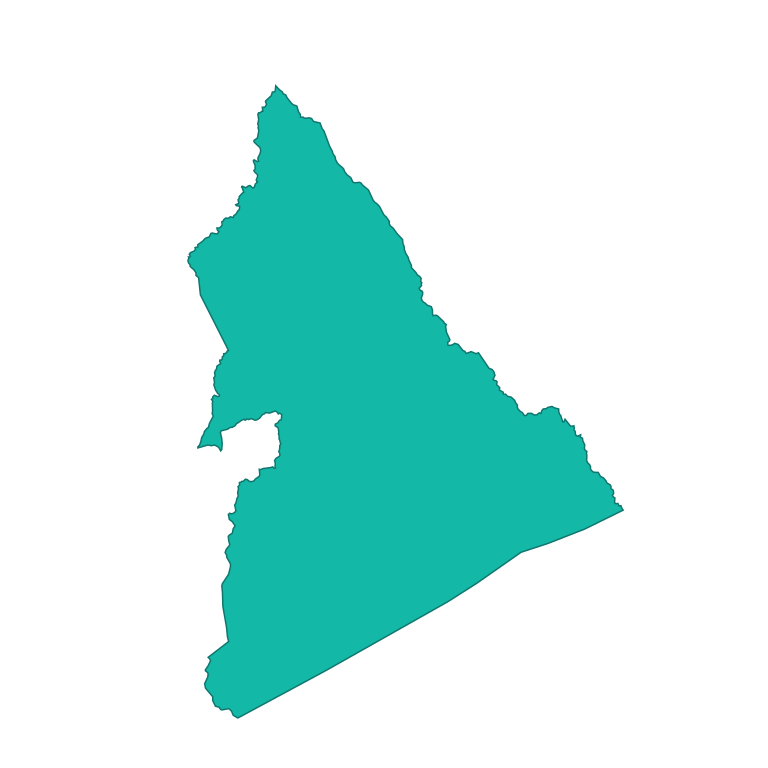 Chifunde, Tete, Mozambique (Robinson projection), rotated 172°
{"feature_id": "85939544B38440784035247", "entity_name": "Chifunde", "entity_type": "district", "adm_level": 2, "iso_a3": "MOZ", "parent_name": "Mozambique", "parent_adm1": "Tete", "projection": "robinson", "projection_center": [32.901, -14.712], "detail": "fine", "context": "isolated", "style": "filled", "palette": "teal", "viewbox_px": 768, "rotation_deg": 172, "n_neighbors": 0, "source": "geoboundaries", "source_scale": "gbopen_adm2", "svg_char_len": 6160}
<svg xmlns="http://www.w3.org/2000/svg" viewBox="0 0 768 768"><g transform="rotate(172 384 384)"><path d="M596.2,137.8L594.8,136.0L594.3,134.1L597.4,129.4L600.7,125.8L600.7,124.7L598.9,123.0L598.5,121.4L599.3,118.4L603.3,112.2L603.1,107.7L597.1,98.0L597.7,94.3L595.7,88.3L592.4,87.0L591.0,84.4L589.8,83.8L583.7,84.1L582.3,83.7L580.5,81.1L579.4,76.9L575.2,73.6L481.5,108.3L351.2,159.5L320.0,173.7L271.7,198.3L243.8,203.3L205.5,212.4L164.7,225.8L165.7,227.6L166.3,230.5L168.1,230.5L169.0,233.2L171.1,233.2L172.2,234.3L171.2,239.1L172.5,240.1L173.4,241.8L171.8,243.7L171.7,246.4L172.3,247.7L173.2,247.9L173.9,249.0L173.4,250.8L174.1,252.7L176.9,254.8L177.7,257.3L179.8,260.6L182.5,262.3L184.1,266.6L188.8,267.5L190.8,269.7L191.3,271.4L191.0,273.7L191.8,275.8L193.1,277.2L194.0,280.0L193.0,285.2L193.2,287.0L192.5,288.9L194.2,290.8L194.5,292.4L193.7,295.8L195.0,300.0L195.0,302.7L197.0,303.9L196.3,306.3L199.7,305.3L201.4,307.0L201.3,310.6L202.3,312.3L201.5,314.6L202.0,315.3L201.8,316.2L205.0,316.1L209.6,323.9L211.1,321.5L212.3,321.7L213.4,328.3L214.3,329.6L214.8,332.0L214.5,335.0L218.5,336.6L220.8,338.4L225.1,338.0L226.9,337.0L229.8,337.1L231.5,335.6L232.6,333.0L234.3,333.8L237.0,332.2L239.6,332.4L241.8,334.3L242.8,334.6L245.7,334.8L247.3,333.1L249.4,333.2L251.0,336.5L252.6,337.6L254.9,340.9L255.2,342.7L254.8,344.5L256.2,346.9L256.9,349.7L259.9,353.3L263.5,354.7L265.0,357.0L266.8,357.2L267.3,357.7L267.1,359.3L270.6,361.9L269.9,364.3L272.6,367.7L271.7,370.5L272.5,371.5L275.0,372.7L275.3,373.5L272.9,377.1L273.5,380.8L274.9,383.3L277.8,384.9L286.1,401.8L288.7,401.2L293.1,403.9L298.3,402.8L299.4,405.1L301.3,406.3L305.0,412.8L308.3,414.4L310.9,413.2L314.2,413.1L315.3,413.7L315.1,416.5L313.3,417.3L312.6,418.8L314.9,426.3L315.0,432.3L314.0,434.2L315.8,435.8L316.2,437.3L321.7,444.2L322.9,444.9L325.9,444.9L326.2,446.7L325.7,450.7L326.4,454.0L330.2,456.0L332.0,458.4L333.5,459.5L334.9,461.8L335.0,464.1L333.3,467.4L332.9,469.4L333.5,470.9L335.0,471.6L335.9,473.9L333.2,476.1L333.1,477.8L332.5,479.1L333.4,480.5L332.5,483.4L333.7,485.5L335.8,487.4L337.0,490.2L340.6,495.3L340.4,497.8L342.2,503.5L342.3,505.7L344.3,510.4L345.1,514.2L344.9,517.3L345.7,520.3L345.5,524.5L350.2,531.2L353.2,537.0L355.7,539.7L356.6,542.4L356.0,544.1L358.5,549.0L360.6,551.6L363.7,560.3L365.4,562.9L368.2,565.7L369.3,567.9L372.4,578.3L377.6,584.0L378.8,586.2L380.1,587.1L385.1,587.3L386.7,588.3L388.2,593.0L391.4,596.2L393.4,599.7L394.0,602.4L395.0,604.0L398.6,608.0L399.6,609.8L400.7,612.9L400.8,615.8L402.5,619.1L402.8,621.6L404.8,627.2L408.2,642.8L409.7,645.4L411.0,651.4L416.6,653.5L417.6,654.4L418.7,656.9L420.6,657.9L425.6,658.2L426.9,659.5L429.5,659.8L429.4,662.9L430.7,665.2L431.6,671.2L432.6,672.1L434.2,672.5L436.3,674.5L440.1,680.9L441.1,684.0L443.5,685.4L443.9,687.2L446.7,690.1L449.7,694.4L451.0,689.1L451.9,688.5L453.9,688.7L455.5,685.2L461.7,680.9L462.1,679.8L461.3,677.5L462.8,675.3L463.9,674.7L466.0,675.0L466.0,671.0L467.2,671.0L469.0,669.7L470.4,670.1L471.4,668.6L471.3,663.1L472.8,659.3L472.4,656.6L473.1,655.3L472.7,652.7L473.4,650.2L474.9,645.8L475.8,644.8L478.6,643.5L479.1,642.5L478.7,641.3L473.9,635.3L473.6,632.2L474.7,629.4L477.2,625.8L477.6,624.4L477.1,622.1L478.6,621.9L481.4,624.1L482.4,623.1L481.1,617.8L481.6,616.7L481.4,615.4L483.2,613.3L482.0,611.1L480.1,608.9L480.5,606.5L482.1,604.0L481.8,602.3L481.1,601.7L483.7,599.8L484.8,597.4L486.0,596.3L486.9,596.6L489.0,599.2L490.6,599.1L493.7,597.6L496.5,599.5L497.4,599.4L497.6,598.8L497.0,597.7L496.2,593.4L497.8,592.7L501.3,589.7L501.5,588.1L502.9,586.8L502.6,583.6L503.0,583.0L505.9,582.2L505.5,581.2L502.9,580.4L502.2,579.7L503.1,576.6L504.2,576.2L506.9,572.9L509.3,571.6L510.2,569.8L512.9,571.0L515.2,569.7L517.5,570.4L519.5,569.3L520.5,567.9L522.1,567.1L522.0,564.5L522.9,563.1L525.1,561.4L527.8,561.7L527.5,559.3L526.2,558.0L527.9,556.0L529.5,556.0L532.9,557.4L534.5,557.2L536.5,554.0L540.7,553.1L543.8,550.6L549.0,547.9L549.3,545.6L552.1,545.4L551.9,543.8L553.4,542.1L557.5,541.0L558.8,539.5L557.9,537.5L558.9,536.6L559.9,537.0L559.7,535.8L560.7,534.3L561.0,533.1L560.7,531.1L559.5,529.2L559.6,527.4L556.3,523.5L554.7,520.2L555.1,517.7L552.8,515.1L553.4,497.8L533.3,438.9L534.6,438.5L535.5,437.1L536.8,436.3L538.5,436.3L538.8,434.3L540.3,433.4L540.9,430.8L541.9,430.3L543.2,430.6L543.6,429.4L542.8,427.0L546.9,425.0L548.0,421.6L548.9,421.2L550.2,418.9L550.1,415.9L550.5,414.8L551.7,413.9L551.6,409.2L552.6,406.8L551.6,401.4L549.9,397.7L548.7,396.7L548.6,395.4L549.3,394.8L550.7,394.8L553.6,396.5L555.3,395.1L555.5,393.7L557.0,392.8L555.9,390.7L556.6,389.3L557.5,381.1L558.3,378.6L557.5,376.0L562.4,369.2L563.9,365.5L565.7,364.5L568.5,361.9L569.3,359.7L572.0,356.3L573.4,352.4L575.2,349.1L577.0,347.8L577.2,346.6L566.9,348.1L563.5,346.9L561.0,347.2L559.4,346.6L556.6,344.4L555.0,340.5L553.8,341.7L552.5,347.6L552.3,353.2L552.8,358.3L551.8,360.3L545.1,361.0L542.2,362.5L540.6,362.1L537.1,363.5L535.9,365.0L529.8,368.0L527.4,368.5L526.5,367.4L524.4,368.5L522.8,367.6L520.1,368.2L516.8,366.1L514.7,366.2L511.6,367.7L509.8,369.6L508.0,370.9L506.4,371.1L505.4,372.2L501.4,371.1L495.5,372.4L493.5,370.8L492.9,369.1L491.6,369.6L489.6,368.2L489.7,367.1L490.7,362.9L492.6,362.5L494.7,360.2L497.1,359.5L497.6,358.4L497.5,357.6L495.2,355.7L494.9,354.7L494.9,350.4L495.5,349.5L495.0,347.2L495.6,344.2L495.1,343.1L494.7,338.8L495.7,337.7L496.5,333.7L497.6,331.8L496.9,329.9L497.0,327.7L497.9,326.8L501.0,325.6L503.0,323.6L502.7,320.3L503.4,317.5L503.2,315.9L504.6,315.7L505.7,317.4L508.1,317.0L515.6,317.1L518.1,316.4L519.4,316.9L519.6,311.3L520.5,309.9L524.8,307.7L526.0,306.3L528.3,305.7L530.9,306.3L532.8,308.4L534.5,309.0L536.8,307.2L538.3,307.4L539.5,306.6L540.9,306.6L541.1,304.0L542.9,302.6L542.6,300.9L544.1,296.5L543.9,293.3L545.5,291.2L547.2,286.8L548.7,285.0L548.3,279.2L549.5,277.8L551.7,276.8L553.2,276.7L554.8,277.5L556.3,276.5L556.0,271.3L553.5,268.9L551.2,264.3L553.5,261.7L554.9,257.4L558.1,256.0L559.4,254.9L559.6,250.4L559.1,246.7L559.7,245.5L563.1,242.4L564.8,239.3L563.7,236.3L563.8,234.2L561.1,227.2L561.5,224.3L564.4,217.2L571.9,208.7L572.7,206.6L573.0,199.8L574.5,186.3L573.8,164.7L574.2,155.5L573.7,150.6L596.2,137.8Z" fill="#14b8a6" stroke="#0f766e" stroke-width="1.5"/></g></svg>